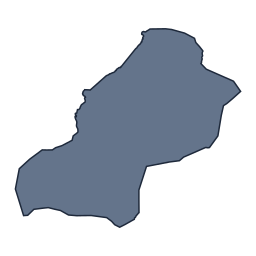 the district of Jinst, Bayanhongor, Mongolia
{"feature_id": "93677404B67702711432193", "entity_name": "Jinst", "entity_type": "district", "adm_level": 2, "iso_a3": "MNG", "parent_name": "Mongolia", "parent_adm1": "Bayanhongor", "projection": "orthographic", "projection_center": [100.256, 45.421], "detail": "fine", "context": "isolated", "style": "filled", "palette": "slate", "viewbox_px": 256, "rotation_deg": 0, "n_neighbors": 0, "source": "geoboundaries", "source_scale": "gbopen_adm2", "svg_char_len": 3435}
<svg xmlns="http://www.w3.org/2000/svg" viewBox="0 0 256 256"><path d="M15.4,189.0L23.6,215.6L27.7,215.3L33.9,209.3L43.5,208.1L48.3,207.6L54.6,209.2L60.5,210.5L68.5,215.0L76.8,215.7L81.9,215.6L91.2,215.5L106.7,217.6L111.5,221.2L114.7,224.7L119.7,227.2L125.2,224.4L131.2,221.0L134.3,219.3L134.4,219.0L134.5,218.1L134.6,217.8L135.5,217.2L135.8,216.5L136.1,215.8L136.8,215.2L137.0,214.7L137.7,214.1L138.3,213.2L139.0,212.7L138.9,198.9L138.9,190.0L146.5,166.4L169.3,162.0L179.4,160.7L183.6,157.1L205.1,147.7L205.6,147.5L205.9,147.5L206.2,147.5L206.7,147.6L207.1,147.8L207.6,147.7L208.0,147.7L208.5,147.7L208.8,147.7L209.0,147.6L209.3,147.6L209.5,147.5L217.9,135.9L221.3,115.3L223.5,105.6L226.7,103.6L232.5,98.7L240.6,91.4L233.5,81.2L206.3,69.2L200.9,63.6L201.5,62.7L201.4,61.8L201.5,61.5L201.6,61.2L201.8,60.8L201.8,60.5L201.7,60.0L201.8,59.8L202.0,59.5L202.2,59.2L202.2,58.9L202.1,58.6L202.0,58.3L201.9,57.9L201.8,57.5L201.8,57.2L202.0,56.8L202.2,56.5L202.5,56.1L202.6,55.7L202.5,55.3L202.4,54.9L202.2,54.0L202.2,53.4L202.2,53.0L202.3,52.5L202.5,51.9L202.7,51.5L202.9,51.1L202.8,50.8L199.5,46.6L195.8,42.5L194.5,38.3L184.6,33.1L171.6,29.5L165.6,28.8L150.4,29.0L149.8,29.1L149.0,29.7L148.3,30.2L147.1,30.8L146.1,31.6L145.4,31.9L144.9,31.9L144.2,31.7L143.6,31.5L143.0,31.7L142.3,32.0L142.0,32.4L141.7,33.4L141.7,34.1L141.9,34.5L142.5,34.6L142.8,34.9L143.4,35.4L143.6,35.9L143.5,36.6L142.9,37.2L142.8,37.5L142.8,38.0L143.0,38.7L143.0,38.9L142.5,39.0L142.3,39.4L142.3,39.6L142.2,40.0L142.1,40.3L142.0,40.7L142.0,41.1L141.8,41.3L141.8,41.6L141.7,41.9L141.4,41.9L141.4,42.2L141.4,42.4L141.1,42.5L140.8,43.1L140.6,43.3L140.4,43.5L140.2,44.0L139.9,44.2L139.6,44.6L139.4,44.6L139.2,44.8L138.9,45.0L138.5,45.5L138.0,46.0L137.2,47.1L136.8,47.9L136.3,48.2L135.6,48.8L121.5,66.3L121.1,66.4L120.9,66.6L120.9,67.2L120.7,67.4L120.1,67.7L119.7,67.5L119.3,67.5L118.7,67.8L118.5,68.1L118.1,68.4L117.7,68.5L117.4,68.7L116.8,69.3L116.4,69.5L116.3,69.8L116.3,70.3L115.9,70.6L115.6,70.7L115.3,70.8L115.2,71.2L114.8,71.7L113.7,72.4L112.7,72.7L111.9,73.0L111.2,73.4L110.8,73.5L110.4,73.8L109.7,73.8L109.2,74.4L108.7,74.5L108.1,75.0L107.8,75.1L107.3,75.3L106.8,75.5L106.1,75.9L90.1,90.1L89.5,89.9L84.7,89.7L84.6,90.1L84.3,90.3L83.9,90.7L83.7,90.9L83.4,91.2L83.2,91.5L83.2,91.8L83.0,92.0L82.9,92.3L82.9,92.7L82.7,93.2L82.6,93.5L82.6,93.9L82.7,94.2L83.0,94.3L83.1,94.5L83.1,94.9L83.2,95.2L83.4,95.5L83.7,95.7L84.2,96.0L84.7,96.2L85.0,96.4L85.1,96.6L85.0,96.9L85.1,97.1L85.4,97.1L85.5,97.2L85.4,97.4L85.1,97.5L84.7,97.9L84.6,98.3L84.6,98.6L84.7,99.0L85.0,99.5L85.2,100.4L85.2,101.2L85.0,102.1L84.6,102.5L83.7,103.0L82.7,103.9L82.3,104.1L81.5,104.7L81.1,105.3L80.8,106.0L80.4,106.7L80.1,107.7L79.7,108.7L79.4,108.9L78.9,109.4L78.6,109.6L78.1,109.7L77.5,109.6L76.7,113.1L76.2,113.2L75.8,113.4L75.5,113.3L75.4,113.4L75.3,113.7L75.4,114.0L75.6,114.4L75.4,114.7L75.4,114.9L75.5,115.3L75.8,115.5L76.2,115.5L76.4,115.8L76.3,116.2L76.3,116.5L75.9,116.3L75.5,116.4L75.2,116.6L75.0,116.8L75.1,117.2L75.2,117.7L75.3,118.1L75.5,118.7L75.8,119.5L76.1,120.0L76.4,120.6L76.7,121.5L76.8,122.3L76.8,122.9L76.7,123.6L76.6,124.3L76.5,125.1L76.5,125.7L76.5,126.1L76.8,126.9L77.1,127.6L77.4,128.1L77.8,129.0L77.9,130.1L78.0,131.1L77.8,132.2L77.5,132.5L77.2,132.8L76.7,133.2L76.3,133.5L75.8,134.0L75.2,134.3L74.5,134.9L73.2,135.9L72.1,140.3L61.8,145.7L55.6,147.7L52.4,149.9L46.8,150.0L42.2,149.9L29.8,159.1L19.3,168.7L15.4,189.0Z" fill="#64748b" stroke="#1e293b" stroke-width="1.5"/></svg>